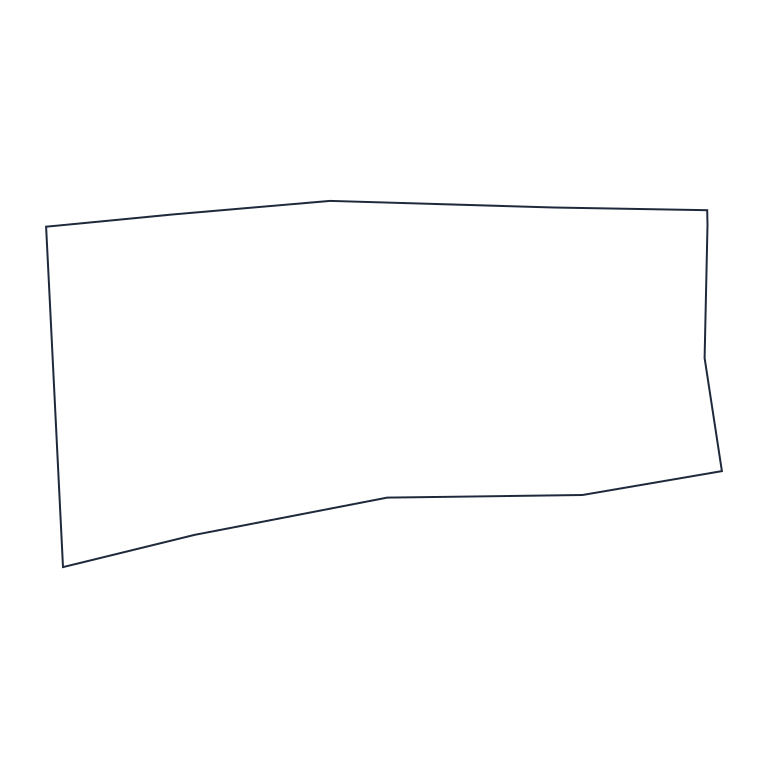 Bragadiru, Romania (Equal Earth projection)
{"feature_id": "2599482B35029885284970", "entity_name": "Bragadiru", "entity_type": "district", "adm_level": 2, "iso_a3": "ROU", "parent_name": "Romania", "parent_adm1": "", "projection": "equal_earth", "projection_center": [25.519, 43.655], "detail": "fine", "context": "isolated", "style": "outline", "palette": "slate", "viewbox_px": 768, "rotation_deg": 0, "n_neighbors": 0, "source": "geoboundaries", "source_scale": "gbopen_adm2", "svg_char_len": 316}
<svg xmlns="http://www.w3.org/2000/svg" viewBox="0 0 768 768"><path d="M721.9,471.1L704.6,358.0L707.5,225.1L707.2,210.2L553.7,207.5L509.5,206.2L329.9,200.9L172.2,214.5L46.1,226.7L49.9,302.8L63.0,567.1L194.4,534.9L387.2,497.6L411.6,497.3L582.3,495.0L721.9,471.1Z" fill="none" stroke="#1e293b" stroke-width="2"/></svg>